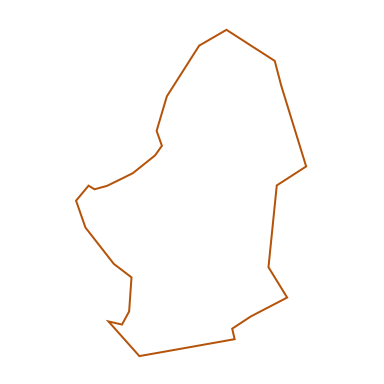 Poquoson, Virginia, United States of America (Albers equal-area conic projection), rotated 264°
{"feature_id": "52423323B32700923685802", "entity_name": "Poquoson", "entity_type": "district", "adm_level": 2, "iso_a3": "USA", "parent_name": "United States of America", "parent_adm1": "Virginia", "projection": "albers", "projection_center": [-76.358, 37.134], "detail": "fine", "context": "isolated", "style": "outline", "palette": "amber", "viewbox_px": 384, "rotation_deg": 264, "n_neighbors": 0, "source": "geoboundaries", "source_scale": "gbopen_adm2", "svg_char_len": 487}
<svg xmlns="http://www.w3.org/2000/svg" viewBox="0 0 384 384"><g transform="rotate(264 192 192)"><path d="M72.0,95.4L34.3,122.5L41.2,219.0L51.9,217.7L62.2,237.7L77.1,275.6L109.2,260.2L189.7,277.0L205.5,308.2L288.2,291.9L313.7,288.0L349.7,243.2L336.8,214.4L289.8,177.0L256.5,163.2L241.1,166.9L232.2,159.0L216.9,135.1L207.0,108.2L204.9,95.3L209.1,89.8L195.5,75.8L167.8,82.3L128.7,106.7L113.4,122.9L79.8,117.0L67.5,108.5L72.0,95.4Z" fill="none" stroke="#b45309" stroke-width="2"/></g></svg>